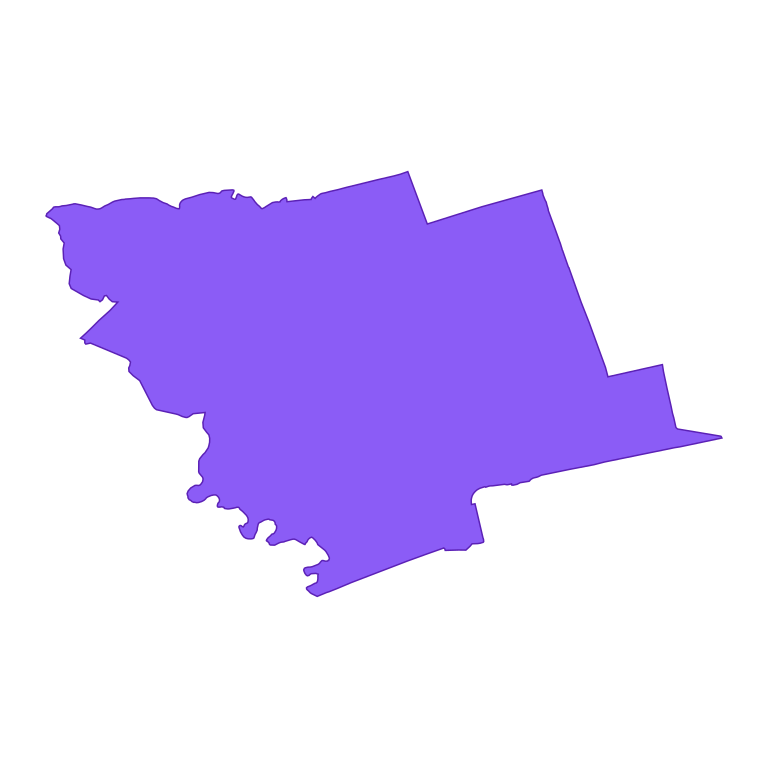 Darmanesti, Dâmbovita, Romania
{"feature_id": "2599482B65798609307970", "entity_name": "Darmanesti", "entity_type": "district", "adm_level": 2, "iso_a3": "ROU", "parent_name": "Romania", "parent_adm1": "Dâmbovita", "projection": "equal_earth", "projection_center": [25.758, 44.92], "detail": "fine", "context": "isolated", "style": "filled", "palette": "violet", "viewbox_px": 768, "rotation_deg": 0, "n_neighbors": 0, "source": "geoboundaries", "source_scale": "gbopen_adm2", "svg_char_len": 6056}
<svg xmlns="http://www.w3.org/2000/svg" viewBox="0 0 768 768"><path d="M721.9,438.0L721.2,436.6L720.8,436.2L677.6,429.0L676.6,428.2L675.9,427.4L673.8,417.9L672.5,413.3L671.1,406.4L666.9,387.8L663.5,371.7L662.4,364.6L607.9,376.8L607.6,375.5L605.5,367.5L589.2,322.7L581.2,302.4L569.1,268.3L568.9,267.6L568.6,267.4L568.4,267.1L562.6,250.5L562.3,250.1L562.0,249.1L562.0,248.8L561.3,246.6L560.2,243.0L559.7,241.8L555.0,228.7L548.4,210.8L548.4,210.6L548.2,210.1L548.2,209.3L547.9,208.2L546.8,204.6L546.2,202.1L545.2,200.3L543.1,195.2L542.7,193.1L541.8,190.0L481.7,206.8L427.3,224.0L407.8,171.6L400.4,174.2L393.7,176.0L378.1,179.6L346.7,187.3L337.3,189.8L330.2,191.4L325.6,192.7L322.1,193.4L321.1,193.7L320.2,194.2L317.4,196.2L315.8,197.6L315.1,198.4L312.9,196.5L311.9,197.8L311.2,199.0L311.1,199.5L304.3,199.8L287.0,201.7L286.8,200.9L286.9,200.4L286.8,199.5L286.4,198.6L286.3,197.7L286.5,197.5L284.3,198.2L282.4,199.2L280.5,200.8L280.2,201.7L278.7,202.1L277.6,201.9L275.5,202.0L272.4,202.6L265.6,206.8L265.0,207.3L262.5,208.6L261.8,208.6L261.1,208.2L260.6,207.5L259.1,206.0L257.4,204.6L254.8,201.6L253.3,199.4L252.3,198.3L251.9,197.6L251.1,197.0L250.8,196.9L247.4,197.4L245.6,197.3L244.1,196.9L242.3,196.2L238.9,194.2L238.1,194.0L237.4,194.6L236.9,195.4L236.5,196.8L235.9,198.2L235.7,198.9L235.4,199.2L234.6,199.3L232.2,198.2L231.5,197.6L231.3,196.9L231.5,196.7L231.7,195.8L233.0,193.4L234.0,191.0L233.8,190.2L233.1,190.0L232.2,189.9L224.2,190.4L222.0,190.9L221.6,191.2L220.3,192.7L219.5,193.2L218.7,193.4L217.7,193.5L213.2,192.6L209.1,192.4L203.6,193.7L199.7,194.6L191.8,197.2L185.4,198.9L183.4,199.8L182.4,200.4L181.3,201.5L180.5,202.5L180.0,203.5L179.6,204.8L179.6,206.2L179.7,206.8L179.6,207.4L179.5,208.3L179.1,208.8L177.6,208.6L176.3,208.3L173.3,207.0L171.4,206.4L168.6,205.0L167.2,204.0L163.1,202.6L159.0,200.4L157.4,199.3L156.3,198.7L153.6,198.1L149.2,197.9L140.1,197.9L133.5,198.4L129.8,198.8L125.3,199.1L124.3,199.4L121.9,199.5L114.7,201.1L112.6,202.0L108.2,204.5L104.7,206.0L101.4,208.1L99.8,208.8L98.5,209.0L97.0,209.1L96.2,209.0L94.2,208.4L93.5,208.1L90.6,207.1L87.6,206.5L81.4,205.0L75.3,203.8L73.6,203.9L72.7,204.2L66.3,205.5L62.0,205.9L60.2,206.5L58.5,206.8L55.5,206.8L53.8,207.1L53.3,207.5L52.9,208.2L52.4,208.8L46.8,213.7L46.6,214.3L46.5,215.4L46.1,215.7L46.3,216.4L51.2,218.7L56.8,223.3L59.4,225.6L59.8,229.2L58.7,233.0L60.6,236.1L60.8,238.9L64.2,243.0L63.1,249.0L63.6,258.7L65.9,265.1L71.1,269.6L70.0,276.1L69.2,283.7L71.2,288.5L83.5,295.5L91.1,299.0L98.3,300.0L100.0,301.7L102.5,299.8L104.4,295.9L106.5,295.5L109.2,299.1L112.3,301.7L117.8,302.1L110.1,310.4L99.1,320.3L90.9,328.5L85.6,333.6L80.5,338.2L84.8,340.0L84.8,342.9L85.8,344.1L90.5,343.1L126.6,358.2L128.8,359.9L130.5,362.0L129.8,365.6L128.7,368.0L129.0,371.5L133.2,375.7L139.7,380.6L152.4,405.4L154.5,408.2L156.5,409.7L175.9,414.0L178.1,414.6L182.3,416.5L185.6,417.4L187.0,417.5L188.9,416.7L193.2,413.7L205.1,412.5L204.7,415.3L202.9,422.4L203.3,427.8L206.6,432.2L208.9,434.9L209.7,438.3L209.6,442.3L208.9,445.6L208.2,447.9L205.0,452.7L203.0,454.6L199.7,458.7L198.8,461.2L198.7,471.8L199.2,473.2L202.5,477.1L203.1,478.9L202.6,481.7L201.1,483.9L199.9,485.1L198.6,485.5L196.8,485.3L195.0,485.4L190.7,488.0L188.2,490.9L187.1,493.6L187.5,495.3L187.9,496.1L188.0,497.9L189.3,499.8L190.6,500.3L192.0,501.6L193.6,502.3L194.8,502.3L196.7,502.7L198.5,502.5L201.5,501.6L204.0,500.3L205.6,498.9L206.4,497.8L207.8,496.9L211.1,495.5L213.4,495.0L215.3,494.9L216.4,495.2L217.8,496.4L218.7,497.6L219.3,498.8L219.5,500.0L219.4,501.4L218.9,502.2L218.0,503.2L217.5,504.7L217.3,506.0L217.7,506.9L218.4,507.1L220.0,507.1L221.6,506.8L223.6,507.2L224.1,507.5L224.2,508.1L224.7,508.5L227.3,508.9L229.1,508.9L232.7,508.3L235.5,507.7L237.0,507.2L238.4,507.3L239.1,507.7L240.0,509.3L242.6,511.4L246.5,515.4L247.8,517.6L248.2,519.4L248.1,521.4L247.6,522.8L245.3,523.9L244.5,524.8L243.7,526.5L243.4,526.9L242.4,526.7L241.2,525.7L240.5,525.5L240.0,525.5L239.2,526.1L238.9,526.9L239.1,527.8L240.5,531.8L241.6,533.8L242.6,535.4L244.0,537.1L246.0,538.3L248.1,538.8L251.0,538.9L252.9,538.6L253.9,538.0L255.0,534.6L256.3,532.2L257.2,530.0L257.3,528.1L258.2,524.2L258.7,523.3L259.5,522.5L260.4,522.3L263.5,520.5L264.8,519.9L267.4,519.3L268.9,519.1L269.6,519.7L273.1,520.3L274.3,521.2L275.1,522.6L275.2,524.2L276.1,525.1L276.6,525.9L276.6,528.2L276.0,530.3L274.3,533.1L273.4,533.8L272.0,534.1L271.4,534.6L270.8,535.5L268.0,537.9L266.8,539.5L266.4,540.4L266.6,541.0L267.2,541.0L269.2,543.2L269.5,544.4L270.4,545.0L273.1,545.1L274.8,545.1L278.6,543.1L280.4,542.4L281.2,542.2L283.9,541.9L285.0,541.4L290.3,539.8L292.7,539.2L294.2,539.1L295.8,539.6L299.7,541.9L304.2,544.3L304.9,544.5L305.2,544.2L305.3,543.6L307.0,541.8L307.9,539.9L308.7,538.9L310.1,537.8L311.6,537.2L312.6,537.7L315.2,540.2L317.0,542.6L317.8,544.6L324.8,550.2L326.0,551.6L328.2,555.2L329.4,558.1L329.0,559.9L328.2,560.3L327.7,561.0L325.5,561.2L323.0,560.5L321.9,560.6L320.5,562.0L319.6,563.2L318.3,564.3L312.2,566.7L310.1,567.1L307.7,567.2L305.3,567.8L304.4,568.3L303.7,569.9L304.1,571.5L305.0,573.5L306.4,575.3L307.4,575.8L309.0,575.4L310.3,574.2L311.3,573.7L315.9,573.4L318.2,574.2L317.9,575.5L317.9,578.8L317.5,581.2L316.8,582.5L316.1,583.0L314.9,583.3L310.5,585.7L307.5,586.9L306.5,587.8L306.6,589.0L307.3,589.9L308.4,590.8L310.3,592.8L311.5,593.6L317.2,596.4L326.6,592.5L328.9,591.8L337.2,588.5L351.2,582.6L407.5,561.0L425.4,554.5L443.8,548.0L444.9,549.0L445.2,550.4L458.6,550.0L465.9,550.1L470.1,546.2L472.1,543.8L477.7,543.6L480.3,543.2L483.2,542.3L483.7,541.6L483.5,539.4L482.9,537.6L475.0,503.8L471.5,504.5L471.3,502.7L471.2,500.2L471.4,498.7L471.8,497.1L472.2,495.8L473.1,494.1L474.2,492.6L475.5,491.2L477.0,489.9L478.5,489.0L480.1,488.2L484.5,486.8L484.9,486.7L485.7,487.2L488.3,486.3L490.0,485.9L492.8,485.8L504.5,484.3L506.5,484.7L507.7,484.7L511.5,483.9L511.7,485.0L513.0,485.2L517.1,484.3L520.1,482.7L528.9,481.3L529.4,481.1L530.0,480.3L531.0,479.3L532.9,478.2L533.7,477.9L536.8,477.2L538.5,476.6L541.3,475.2L569.9,469.3L594.0,464.7L604.5,462.0L674.4,447.7L680.1,446.8L721.9,438.0Z" fill="#8b5cf6" stroke="#5b21b6" stroke-width="1.5"/></svg>